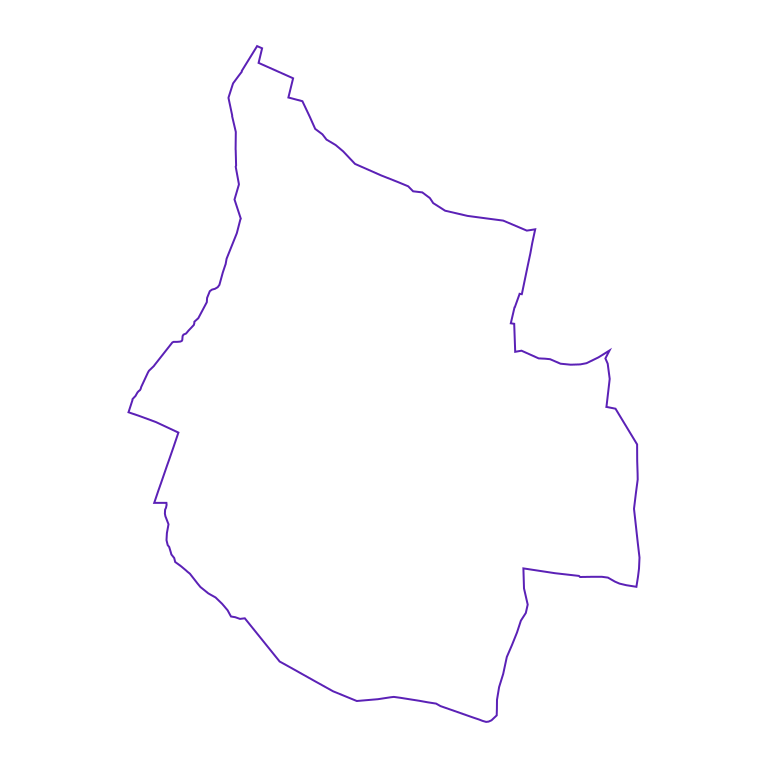 outline of Tepeyahualco de Cuauhtémoc, Puebla, Mexico
{"feature_id": "50627088B31864434052112", "entity_name": "Tepeyahualco de Cuauhtémoc", "entity_type": "district", "adm_level": 2, "iso_a3": "MEX", "parent_name": "Mexico", "parent_adm1": "Puebla", "projection": "robinson", "projection_center": [-97.87, 18.81], "detail": "fine", "context": "isolated", "style": "outline", "palette": "violet", "viewbox_px": 768, "rotation_deg": 0, "n_neighbors": 0, "source": "geoboundaries", "source_scale": "gbopen_adm2", "svg_char_len": 2942}
<svg xmlns="http://www.w3.org/2000/svg" viewBox="0 0 768 768"><path d="M496.7,715.4L496.9,708.9L497.0,699.8L499.1,687.1L503.2,673.9L506.8,657.0L511.9,645.2L517.0,632.5L520.9,620.6L525.8,613.0L527.7,604.6L524.0,588.4L523.4,568.4L555.0,573.2L578.9,575.9L580.1,577.0L592.3,576.8L601.9,576.8L607.9,577.6L614.9,581.6L619.5,583.6L626.3,585.2L636.4,586.8L638.0,576.7L639.0,568.6L639.5,557.6L637.7,542.2L635.4,521.3L634.0,508.8L635.9,493.2L637.7,479.5L637.6,473.5L637.2,461.1L637.1,444.4L615.5,408.7L606.4,406.9L606.5,406.5L609.7,378.9L608.2,367.5L607.7,363.7L605.4,358.4L609.5,350.5L598.4,357.4L586.5,363.2L580.2,364.4L570.7,364.7L560.5,363.7L550.1,359.2L545.1,358.7L538.7,358.4L521.5,350.7L515.2,351.8L514.2,323.8L510.8,323.3L514.5,307.4L514.8,307.3L519.5,294.2L519.6,293.8L521.8,294.2L521.9,293.9L525.6,276.0L527.7,265.9L530.4,253.2L532.2,243.3L533.8,235.8L535.2,229.3L529.6,230.2L526.8,230.6L503.2,220.6L486.3,218.4L467.5,215.9L445.1,210.7L433.2,203.1L429.9,198.1L422.3,192.4L413.1,191.3L408.2,186.3L398.3,182.2L381.1,175.4L355.0,163.9L343.1,151.3L335.6,145.0L326.5,139.6L322.4,134.3L315.2,128.9L309.7,116.6L302.4,101.2L288.4,97.5L293.1,78.3L292.5,78.0L258.6,62.9L262.1,48.3L257.1,46.1L257.0,46.3L244.7,66.2L241.8,70.9L241.8,71.7L238.9,75.5L233.2,83.2L232.9,83.9L231.6,87.9L228.6,97.3L228.5,97.8L228.5,98.0L232.2,115.5L232.1,116.1L235.8,131.9L235.8,132.6L235.6,149.5L235.7,150.2L236.1,165.6L235.7,166.7L238.9,184.1L238.9,184.5L238.8,184.9L234.7,198.9L234.5,199.5L240.8,218.7L240.4,219.3L236.9,232.9L236.7,233.5L226.6,258.7L226.4,259.8L225.6,264.3L225.3,265.0L222.8,272.5L219.4,284.9L217.7,287.2L215.0,288.8L212.0,289.6L209.8,291.2L207.1,297.9L206.8,302.2L198.3,318.2L194.4,321.7L194.3,323.3L193.8,325.0L188.6,330.5L186.1,333.5L183.5,334.6L182.6,336.1L182.3,339.9L181.7,341.0L180.2,341.6L176.6,341.9L173.5,341.9L172.3,342.5L154.6,365.0L153.8,366.1L149.0,370.7L148.0,372.4L141.2,387.0L140.7,388.8L140.0,390.1L138.7,391.1L137.5,392.4L135.4,396.1L134.0,397.5L132.5,399.2L132.4,400.3L128.5,412.3L138.6,415.7L156.0,422.1L178.4,432.6L173.6,446.8L169.1,459.8L167.0,465.7L160.6,484.3L160.2,485.3L160.1,485.7L158.4,490.5L155.4,499.4L154.2,502.9L166.4,502.9L166.6,504.9L166.0,507.7L165.1,509.7L164.9,513.7L165.5,516.7L165.8,517.2L166.2,518.3L167.7,522.2L168.5,524.3L166.9,533.1L166.5,540.1L166.7,541.0L167.7,545.1L169.2,547.0L170.5,551.3L170.8,552.3L171.4,554.5L174.2,558.0L175.2,562.0L181.1,566.3L186.0,570.4L187.4,571.7L189.9,573.7L196.6,582.3L197.2,583.1L200.4,587.0L208.2,593.3L210.6,594.7L215.1,597.2L215.6,597.5L222.2,603.9L227.7,610.4L228.1,611.2L230.1,614.9L231.0,616.5L235.2,617.2L240.0,618.9L244.8,618.3L251.0,626.0L275.5,656.4L278.6,660.2L279.6,661.5L286.7,665.4L315.1,681.3L333.1,691.3L356.8,701.0L377.9,699.2L390.4,697.3L393.8,696.9L400.4,697.8L409.2,699.2L419.4,700.8L427.7,702.3L436.1,703.6L440.5,706.1L473.6,717.7L479.0,719.5L482.6,720.9L486.1,721.9L488.6,721.6L491.5,720.3L496.7,715.4Z" fill="none" stroke="#5b21b6" stroke-width="2"/></svg>